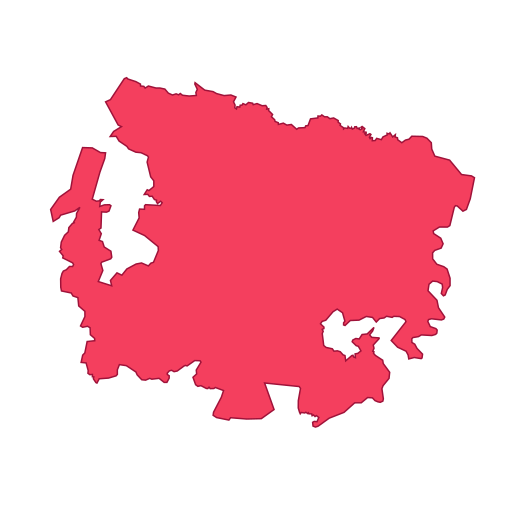 the district of Apaxtla, Guerrero, Mexico, rotated 276°
{"feature_id": "50627088B3794294637731", "entity_name": "Apaxtla", "entity_type": "district", "adm_level": 2, "iso_a3": "MEX", "parent_name": "Mexico", "parent_adm1": "Guerrero", "projection": "mercator", "projection_center": [-99.977, 18.094], "detail": "fine", "context": "isolated", "style": "filled", "palette": "rose", "viewbox_px": 512, "rotation_deg": 276, "n_neighbors": 0, "source": "geoboundaries", "source_scale": "gbopen_adm2", "svg_char_len": 6074}
<svg xmlns="http://www.w3.org/2000/svg" viewBox="0 0 512 512"><g transform="rotate(276 256 256)"><path d="M359.6,98.5L360.4,104.5L356.0,107.8L351.5,116.2L349.2,118.1L346.7,125.6L346.7,130.9L344.3,137.7L343.1,138.7L338.0,137.9L323.7,143.0L320.1,146.5L314.4,147.1L309.9,142.7L310.5,140.9L305.5,138.4L306.0,141.9L304.1,143.8L304.6,146.5L301.5,149.1L301.1,151.3L299.6,151.2L297.9,152.6L300.5,155.5L299.2,157.1L296.2,155.6L295.5,140.8L294.3,139.9L290.8,140.2L290.5,135.3L286.9,134.8L281.7,135.8L268.9,130.9L264.7,143.1L255.1,157.7L251.2,158.3L239.0,154.7L237.9,152.2L234.9,150.0L237.1,142.9L235.5,137.6L229.6,128.9L222.9,124.6L224.7,119.5L216.5,113.8L211.3,115.6L214.1,101.8L225.6,105.2L232.3,102.5L233.8,103.3L238.0,111.8L239.7,112.7L245.6,111.2L249.1,104.1L254.3,101.8L255.2,98.3L262.0,99.8L265.9,96.9L267.6,98.9L283.7,97.8L284.0,102.8L285.3,105.1L290.8,106.5L291.7,105.0L291.0,99.8L288.9,95.4L293.3,95.5L296.0,97.9L295.9,95.3L294.5,94.5L293.8,91.5L295.4,87.2L323.1,92.0L337.1,95.4L342.9,95.6L342.6,90.5L346.4,81.9L345.7,72.2L317.1,65.6L303.1,64.7L293.9,54.3L280.8,46.9L269.2,50.7L273.5,56.2L276.2,57.4L281.9,71.1L286.0,75.8L279.6,73.1L275.8,73.3L270.7,71.1L270.1,71.7L269.2,70.0L264.7,66.9L260.4,66.8L256.6,63.5L249.5,60.9L243.8,60.8L242.2,62.1L240.1,60.1L236.0,64.2L233.9,64.0L230.0,74.4L228.3,75.5L226.4,74.7L226.1,71.6L222.5,68.8L220.9,66.0L218.4,64.9L212.9,64.1L204.5,65.1L200.9,66.2L199.9,76.1L197.1,78.2L196.0,83.2L187.8,84.9L183.1,91.6L177.9,92.2L168.1,88.8L167.0,91.0L168.5,95.8L167.3,98.5L160.4,99.5L157.2,104.1L154.9,104.5L153.3,97.0L141.7,95.9L139.3,94.0L131.9,93.2L131.9,98.2L124.5,101.1L121.8,101.1L120.6,103.1L121.1,105.7L118.8,105.9L118.8,107.3L116.9,107.1L113.4,110.0L113.0,111.1L117.5,112.9L119.2,122.2L122.2,129.4L123.8,130.5L128.3,130.0L133.7,131.5L133.4,138.5L128.1,148.7L125.4,150.2L121.0,155.3L121.0,159.2L123.2,163.1L122.6,165.2L124.2,172.4L120.7,177.9L121.0,180.6L125.4,182.4L127.8,182.2L128.9,180.2L130.2,180.0L132.8,181.9L133.5,184.1L132.4,186.6L133.4,189.7L138.9,195.7L139.8,197.1L139.5,199.0L145.6,206.0L146.0,211.3L144.7,212.4L136.3,208.5L132.5,209.3L128.8,206.0L121.7,209.4L120.3,211.8L121.3,214.8L119.1,220.4L119.1,221.9L120.6,223.0L119.3,224.3L119.8,227.9L121.0,229.3L118.8,237.8L111.9,236.3L96.2,230.1L93.1,230.0L91.2,233.7L90.0,246.2L92.5,247.6L92.9,263.8L94.8,278.3L105.2,290.0L130.6,277.8L130.7,312.6L129.0,314.1L116.6,313.2L109.3,313.9L105.2,315.6L103.7,316.5L105.1,317.3L105.0,320.9L105.8,321.9L104.7,324.0L105.5,324.4L104.6,325.2L104.8,327.9L103.0,328.5L103.9,329.8L102.5,331.5L103.6,332.7L102.0,335.3L97.6,334.0L97.6,331.2L96.5,329.7L92.8,330.5L92.1,333.0L93.2,335.5L102.4,345.8L109.7,359.9L120.3,369.5L121.0,376.0L126.9,381.8L127.1,386.6L124.6,389.5L123.7,392.5L123.5,394.9L124.9,397.3L127.2,397.6L137.2,395.1L140.3,395.9L148.2,401.1L154.3,401.1L162.3,393.8L165.6,392.9L169.6,385.1L171.5,383.1L173.1,383.3L173.4,382.1L176.6,383.0L179.7,381.9L186.7,387.1L187.4,386.9L187.2,379.6L189.4,377.2L193.5,379.8L197.3,380.8L190.1,374.7L189.0,369.7L184.3,367.3L184.4,363.9L182.5,361.0L180.8,360.6L177.3,365.0L176.9,367.2L172.6,370.3L169.8,367.4L169.0,364.8L165.3,365.5L165.8,363.6L167.4,362.8L167.0,361.7L161.1,356.2L166.3,354.9L166.8,352.9L169.6,349.8L170.2,346.9L169.5,343.5L171.7,341.6L172.4,335.2L174.1,332.7L185.8,330.0L188.1,330.7L190.0,329.5L190.9,331.1L192.4,331.0L195.3,327.2L197.9,328.6L199.4,332.1L208.6,338.4L211.7,342.3L208.6,348.0L200.5,351.2L198.7,350.1L196.6,350.3L196.2,351.8L201.7,356.5L203.0,365.2L207.4,372.0L207.1,378.3L202.9,382.5L206.7,385.5L207.8,389.9L209.7,392.1L209.2,397.8L210.4,399.3L210.8,405.1L208.4,410.9L206.3,412.0L186.1,399.3L180.1,406.4L177.0,415.2L173.5,417.6L169.6,418.7L171.6,424.0L171.2,431.0L172.0,431.8L175.8,431.9L180.9,425.8L184.9,423.1L186.3,420.1L190.0,419.6L191.3,420.6L192.8,426.0L194.8,428.7L195.3,439.2L196.8,442.8L198.2,443.9L201.3,443.9L202.6,442.5L204.0,436.7L208.9,433.7L210.8,434.2L211.9,437.1L211.8,447.1L212.9,449.3L215.0,450.1L223.6,442.9L230.9,440.6L239.4,430.7L246.0,431.0L249.5,434.3L249.5,438.9L247.5,444.1L244.1,444.9L238.1,444.2L236.0,446.6L237.0,448.2L242.8,449.7L246.8,452.1L254.2,451.3L263.0,447.4L265.0,443.9L266.7,436.7L271.6,432.0L277.6,431.3L280.3,433.2L283.2,439.3L287.7,440.8L293.0,437.9L296.9,430.3L299.5,429.6L304.0,435.4L304.8,443.4L306.5,445.6L325.2,448.1L326.9,449.1L326.8,450.9L322.2,457.1L324.3,460.4L335.3,463.1L356.7,465.1L358.2,461.9L358.5,451.9L371.6,438.5L374.0,423.4L380.7,419.6L387.0,418.5L391.0,413.7L392.3,409.3L391.4,398.4L388.2,396.0L386.9,392.5L383.9,389.2L386.4,384.8L388.4,384.3L388.9,381.9L391.2,381.9L388.7,379.5L392.5,376.4L391.4,375.7L391.7,373.5L390.1,373.8L387.7,369.8L384.8,368.5L385.6,363.7L383.3,362.5L382.8,359.6L385.8,359.4L386.0,358.2L384.7,357.2L385.9,356.4L388.9,357.6L389.5,356.5L387.4,352.8L388.9,351.5L389.3,352.7L390.6,352.6L390.7,349.8L394.1,350.9L395.9,348.0L395.1,347.1L393.6,348.2L392.5,346.5L392.9,345.3L394.1,345.5L393.4,343.3L395.1,342.4L394.8,340.7L393.5,340.5L392.3,338.5L393.9,337.6L393.0,337.3L392.9,335.7L394.4,334.1L392.5,333.8L392.6,330.9L391.5,329.8L392.7,329.6L394.7,326.0L396.2,326.2L397.7,323.7L399.3,323.6L401.4,318.8L400.3,315.1L401.9,312.4L401.6,309.6L403.2,306.7L401.8,305.5L401.7,303.0L399.8,303.1L398.1,295.9L391.2,294.1L390.6,291.8L388.8,291.3L387.8,284.9L386.3,283.2L390.5,277.4L389.4,273.0L391.0,269.3L389.2,264.5L390.9,264.2L391.8,260.9L393.5,260.3L396.1,256.8L398.5,257.7L401.9,253.4L403.8,253.3L403.2,251.3L404.9,251.5L406.7,250.0L406.1,246.4L407.7,241.1L406.2,237.4L407.6,236.7L407.9,232.5L405.3,230.1L406.2,227.1L404.5,226.2L404.3,224.5L402.4,224.3L402.5,221.5L400.2,221.2L401.2,219.4L403.9,219.4L407.0,217.5L412.0,219.5L413.5,214.2L412.2,207.5L413.4,199.8L415.0,196.1L415.6,187.7L422.0,177.3L420.6,177.2L415.7,180.2L412.3,179.1L409.4,179.9L408.1,172.8L408.2,166.1L409.7,163.7L408.2,162.2L408.9,159.6L407.4,156.1L408.8,151.8L412.5,147.9L413.0,143.0L412.6,139.0L413.8,131.2L411.4,128.2L413.0,126.7L413.0,123.4L414.9,123.1L416.9,118.2L418.6,110.2L419.8,108.7L418.6,106.5L396.3,94.9L393.6,90.3L371.9,105.2L370.6,108.7L365.0,101.4L359.6,98.5Z" fill="#f43f5e" stroke="#9f1239" stroke-width="1.5"/></g></svg>